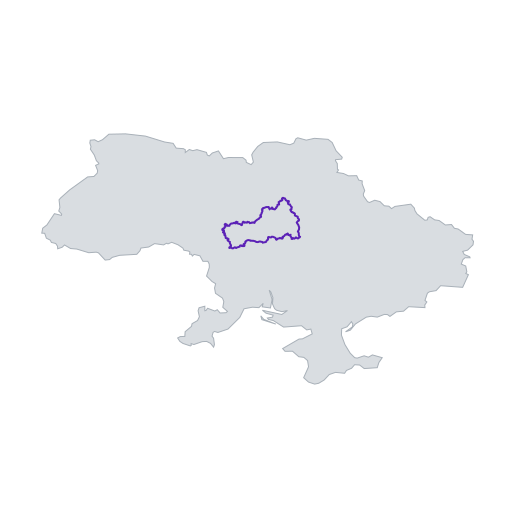 Cherkasy on a map of Ukraine (Equal Earth projection), rotated 5°
{"feature_id": "UKR-319", "entity_name": "Cherkasy", "entity_type": "Region", "adm_level": 1, "iso_a3": "UKR", "parent_name": "Ukraine", "parent_adm1": "", "projection": "equal_earth", "projection_center": [31.26, 49.352], "detail": "fine", "context": "in_parent", "style": "outline", "palette": "violet", "viewbox_px": 512, "rotation_deg": 5, "n_neighbors": 0, "source": "natural_earth", "source_scale": "10m", "svg_char_len": 9365}
<svg xmlns="http://www.w3.org/2000/svg" viewBox="0 0 512 512"><g transform="rotate(5 256 256)"><path d="M352.3,336.5L358.3,344.6L363.2,348.7L365.7,348.9L372.4,346.0L376.8,347.0L380.6,344.4L390.6,346.3L387.7,351.4L386.5,356.7L373.6,358.7L368.8,355.6L363.7,355.7L361.0,359.5L356.1,362.1L354.5,365.1L345.3,365.0L339.3,367.7L334.7,373.6L329.6,377.3L325.6,378.5L319.3,377.0L314.1,373.1L318.0,361.8L316.5,355.7L312.5,352.8L307.4,352.6L300.7,347.7L293.2,348.4L290.6,345.9L306.1,335.0L309.5,334.5L318.8,328.7L317.0,324.0L313.0,325.2L307.4,321.5L289.7,324.4L278.9,318.8L273.9,318.1L272.7,316.8L277.8,315.5L278.2,313.4L271.0,312.1L267.1,309.5L286.8,312.0L292.1,307.6L286.6,309.2L281.1,308.2L279.1,306.8L276.6,302.3L276.5,296.1L274.0,290.6L272.1,288.9L275.8,297.9L274.9,306.5L266.6,306.1L267.3,302.5L263.4,307.2L257.0,307.3L248.7,309.6L245.2,318.6L234.5,331.2L224.7,335.5L221.3,334.8L219.9,335.8L219.2,339.7L220.9,341.6L222.3,347.9L221.7,350.5L218.3,347.0L214.3,345.4L209.9,346.0L201.8,349.6L199.0,348.9L199.2,350.8L198.4,351.3L190.9,349.5L187.6,347.7L185.1,344.5L187.5,342.9L192.1,342.3L192.0,337.6L197.9,331.7L198.2,329.0L203.4,325.4L204.9,321.4L203.1,315.6L203.8,312.5L209.4,310.5L209.8,315.0L211.0,314.6L212.3,312.3L219.8,314.4L222.1,312.9L225.2,315.9L231.1,315.1L232.4,313.7L227.4,310.0L227.9,304.2L226.3,300.9L218.9,296.7L217.5,291.5L218.2,287.1L214.5,285.3L208.5,280.3L210.5,271.4L210.1,268.1L208.5,265.5L203.6,265.9L200.1,260.7L194.2,259.8L192.6,261.6L191.6,259.9L189.6,260.0L189.8,257.8L188.5,257.0L183.6,256.5L182.5,254.5L177.3,251.6L170.8,249.7L167.3,251.6L165.7,251.1L163.0,253.0L153.9,252.5L148.3,256.4L140.7,258.1L139.9,260.9L137.1,264.7L120.1,267.2L112.9,269.9L110.5,272.3L106.1,273.2L98.8,266.6L96.5,266.1L89.1,267.3L76.9,264.7L70.6,264.7L64.3,261.7L62.1,264.2L57.8,266.1L57.4,263.5L55.4,261.0L51.0,260.3L49.6,258.1L45.6,256.5L43.5,251.8L40.6,251.9L41.1,246.9L45.0,243.3L51.5,231.4L58.6,232.5L58.8,231.2L55.6,228.4L56.4,224.7L54.9,217.2L56.3,215.2L64.7,206.3L81.4,191.9L87.6,190.9L90.6,187.3L90.8,184.7L88.3,179.7L91.4,177.9L91.2,177.1L88.7,175.0L86.1,169.5L81.7,164.0L82.1,161.5L80.6,157.9L80.8,155.1L85.1,154.3L88.8,155.9L93.0,153.5L98.8,147.5L115.3,145.7L135.4,146.2L155.0,150.4L163.6,151.0L167.1,155.5L174.3,155.4L176.3,156.3L176.5,159.1L180.3,155.7L183.8,156.6L187.9,155.2L197.6,157.1L198.7,159.7L200.7,160.4L203.5,157.2L209.4,154.6L215.1,161.9L219.9,160.3L234.2,159.1L237.7,161.4L238.2,163.6L243.2,165.4L245.2,162.7L242.9,155.6L244.1,152.8L248.2,146.7L253.4,142.3L267.3,140.5L280.1,142.2L283.8,140.3L285.6,135.7L287.3,134.6L296.0,136.2L303.9,133.7L317.6,133.5L322.0,136.3L326.6,144.2L333.3,150.1L332.9,152.0L326.9,153.1L326.8,154.1L328.9,156.8L329.6,162.5L330.7,163.1L329.3,165.7L335.9,166.2L341.1,168.1L349.3,167.2L351.7,171.4L355.3,172.0L355.4,174.8L358.6,181.4L357.5,184.9L358.0,187.0L362.4,192.2L364.4,192.8L369.4,190.1L374.8,191.0L379.4,194.8L384.0,194.8L386.9,197.0L390.1,194.5L405.7,190.9L409.6,194.5L410.3,196.8L412.7,200.0L421.1,205.7L423.5,205.1L424.1,202.5L426.0,201.7L430.7,204.4L435.3,204.7L441.9,208.6L448.0,207.6L451.2,211.1L455.0,211.5L462.9,216.2L470.0,216.1L469.7,220.5L471.4,222.4L471.2,226.0L466.3,231.7L461.5,233.4L463.3,236.3L469.0,238.2L469.4,239.1L464.4,239.5L462.4,241.6L461.2,246.2L465.8,247.7L467.4,253.3L466.5,255.1L469.2,256.1L464.6,269.2L442.5,269.5L438.4,274.8L431.9,276.5L430.0,278.1L428.2,285.5L430.2,286.9L428.4,290.1L428.8,292.7L412.5,293.2L407.8,298.1L400.7,299.4L394.7,304.5L392.1,302.9L388.9,303.0L382.2,306.3L376.0,306.0L371.2,307.3L361.0,315.0L356.4,321.7L351.8,323.7L358.2,318.2L358.4,315.3L356.8,313.1L352.9,318.6L347.7,321.0L348.0,327.4L352.3,336.5ZM281.7,322.1L267.4,318.9L266.0,315.2L269.2,318.4L281.7,322.1Z" fill="#d9dde1" stroke="#a8b0b8" stroke-width="1"/><path d="M277.9,195.7L278.4,195.8L279.1,196.1L279.7,196.1L280.0,196.4L280.1,196.7L280.6,197.3L280.8,197.8L281.2,198.0L281.9,198.2L282.5,198.7L282.6,198.8L283.0,198.7L283.5,198.4L283.9,198.5L284.0,198.8L284.0,199.2L283.9,199.3L283.0,199.7L283.0,199.9L283.6,201.4L283.9,201.6L284.5,201.7L284.7,201.8L285.1,201.7L285.3,201.7L286.6,203.7L287.2,204.0L287.4,204.3L287.4,204.7L287.2,205.6L287.2,206.3L287.2,206.5L286.9,206.7L286.5,206.6L286.3,206.7L286.2,206.9L286.4,207.4L287.2,208.6L287.8,209.2L288.0,209.2L288.4,209.1L288.7,209.1L289.1,209.5L289.5,209.9L289.9,209.8L290.1,209.8L290.9,210.3L291.1,210.6L291.1,211.1L291.1,211.9L291.2,212.2L291.5,212.4L294.1,213.2L294.2,213.5L294.3,214.4L294.5,214.8L294.7,215.0L295.3,215.4L295.5,215.6L295.7,216.3L295.6,216.8L295.6,217.0L295.4,217.2L294.9,217.4L294.6,217.7L293.7,219.0L294.0,219.6L294.2,219.9L295.4,221.3L296.4,223.5L296.5,223.7L296.5,224.2L296.5,225.7L296.2,226.5L295.6,227.9L295.6,228.1L296.2,228.6L296.5,229.2L296.7,229.9L296.8,231.3L297.4,232.8L298.1,233.0L298.0,233.5L296.8,234.4L296.4,234.8L296.2,234.8L295.8,234.8L295.5,234.7L294.6,234.2L294.2,234.0L293.8,234.2L293.5,234.8L292.8,235.3L292.5,235.4L292.0,235.3L291.4,235.0L291.3,234.9L291.0,235.1L290.9,235.4L290.9,235.7L290.8,235.8L290.3,235.9L290.0,235.8L289.9,235.0L289.7,234.5L288.7,233.4L288.6,233.1L288.5,232.2L288.5,231.9L288.2,231.9L287.7,232.3L287.4,232.4L286.5,232.3L286.3,232.1L286.2,231.8L285.9,231.5L285.9,231.2L285.6,230.9L285.1,231.2L284.9,231.3L284.6,231.5L284.5,232.0L283.4,232.1L283.2,232.3L282.3,233.7L281.1,234.4L281.0,234.5L280.8,234.8L281.2,235.3L281.1,235.6L280.9,236.2L280.6,236.4L280.0,236.4L279.8,236.3L279.7,236.1L278.8,236.2L278.6,236.0L278.3,235.9L278.2,235.9L277.6,236.4L276.5,236.7L276.2,236.8L275.3,237.8L275.0,238.0L274.7,237.9L274.4,237.6L274.2,236.8L273.9,236.4L273.1,236.0L271.3,235.4L270.2,235.4L269.9,235.5L269.7,235.9L269.5,236.1L269.3,236.2L267.9,236.2L267.2,235.9L266.8,236.0L266.5,236.2L266.4,236.6L266.5,238.2L266.4,238.7L266.1,239.0L265.5,239.4L265.3,239.7L264.8,241.0L264.3,241.3L262.5,241.8L262.0,241.9L261.7,242.1L261.3,241.7L261.1,241.5L260.8,241.4L259.9,241.4L259.1,241.2L258.0,241.3L256.9,241.9L256.5,242.0L255.3,242.0L255.0,242.0L254.2,241.5L252.2,241.1L251.0,241.2L250.6,241.1L249.4,241.3L249.2,241.3L249.0,241.0L248.9,241.0L248.4,241.0L247.7,240.8L246.8,240.8L246.6,240.9L245.8,241.2L245.1,241.8L244.5,242.2L244.3,242.4L244.2,242.6L244.3,242.7L244.4,243.0L244.1,244.1L243.0,244.9L242.7,245.3L243.5,245.8L243.6,246.7L243.5,247.0L243.3,247.1L243.1,247.2L241.3,247.3L241.1,247.3L240.9,246.9L240.7,246.8L240.2,246.8L239.7,246.8L239.4,246.9L239.2,247.1L238.9,248.1L235.8,249.4L235.6,249.7L235.4,249.7L235.0,249.6L234.7,249.5L234.6,249.3L234.3,249.2L233.9,249.3L233.2,249.8L232.6,250.3L232.3,250.4L231.5,250.4L230.9,249.9L230.6,249.8L230.2,249.9L229.0,250.3L228.8,250.3L228.7,250.2L228.7,249.8L229.3,249.3L229.4,249.2L229.6,248.7L229.8,248.7L230.0,248.5L230.2,248.2L230.1,247.4L229.7,246.8L229.3,246.3L228.9,245.6L228.8,245.2L228.7,244.2L227.5,243.7L226.7,243.2L226.4,242.9L226.3,242.6L226.3,242.3L226.5,242.1L227.0,241.8L227.1,241.6L226.6,241.3L226.1,240.9L225.3,240.9L224.3,240.7L224.2,240.5L223.8,238.6L223.7,238.3L223.0,238.1L222.8,238.0L222.7,237.7L222.6,237.3L222.7,237.2L223.1,236.9L223.1,236.7L223.0,236.3L222.7,235.9L222.4,235.9L221.9,235.8L221.1,235.3L221.1,235.2L221.3,234.9L221.5,234.4L222.0,234.2L221.9,233.6L221.8,233.4L221.6,233.3L220.5,233.2L220.2,233.0L220.1,232.7L220.1,232.3L220.5,231.8L221.5,231.2L222.0,231.1L222.1,230.8L222.1,230.2L222.8,229.7L222.7,228.7L223.0,228.3L222.9,228.1L222.7,227.8L222.1,227.5L222.1,227.3L222.6,226.7L223.6,227.0L223.8,227.1L223.7,227.2L223.4,227.4L223.4,227.5L223.7,228.0L224.2,228.3L224.6,228.4L226.0,228.3L226.6,228.3L226.8,228.2L226.8,227.9L226.8,227.6L227.4,227.0L227.6,226.8L227.8,226.3L228.0,226.1L228.8,225.7L229.8,225.6L230.2,225.5L230.5,225.2L230.8,225.0L231.9,225.1L232.5,225.3L232.7,225.1L232.4,224.6L232.6,224.2L233.0,224.1L233.4,223.6L233.5,223.6L234.3,223.8L234.2,224.0L234.0,224.4L233.8,224.7L233.8,224.9L233.9,225.0L238.2,225.8L238.4,225.9L238.4,226.2L238.5,226.4L238.8,226.5L239.0,226.5L239.2,226.4L239.6,224.7L239.8,224.3L239.8,223.7L239.9,223.4L240.1,223.2L240.3,223.0L240.7,223.0L240.9,223.1L241.3,223.3L241.6,223.7L241.8,223.8L242.6,223.5L243.0,223.3L243.3,223.3L243.9,223.6L244.0,223.6L244.3,223.4L244.7,222.7L244.8,222.7L245.2,222.9L245.5,223.0L245.9,222.9L246.2,222.9L246.4,223.0L247.0,223.8L247.8,223.6L248.5,223.4L249.0,223.0L249.2,222.9L249.7,223.1L250.0,223.1L250.6,222.7L250.9,222.7L251.1,223.0L251.6,223.1L251.8,222.8L251.8,222.2L252.6,221.0L253.3,220.5L253.7,220.0L254.6,219.3L255.6,218.7L255.8,218.4L256.2,217.6L256.4,217.4L257.5,216.7L257.6,216.2L257.5,215.8L257.3,215.7L257.0,215.6L256.9,215.5L256.8,215.3L256.8,214.9L257.0,214.7L257.3,214.4L257.9,213.2L257.8,212.7L258.2,211.8L258.5,210.7L258.4,210.5L258.2,210.3L258.1,210.1L258.2,209.8L258.5,209.4L258.5,209.2L258.0,208.8L258.1,208.6L258.4,208.3L258.8,207.7L259.1,207.5L259.9,207.4L261.8,206.4L262.3,206.3L263.1,206.3L264.0,206.1L264.3,206.1L264.4,206.3L264.6,206.8L264.9,207.2L265.0,207.6L265.5,208.1L265.9,207.5L266.0,207.4L266.7,207.5L267.0,207.5L267.3,207.4L267.5,207.1L267.6,206.7L267.7,206.4L268.0,206.4L268.2,206.6L268.2,207.4L268.3,207.6L270.6,207.9L270.8,207.8L271.4,206.9L271.9,206.5L272.0,206.3L271.9,205.8L272.6,205.1L272.9,204.5L273.0,204.0L272.9,203.3L273.0,203.1L274.1,202.7L274.5,202.6L274.5,202.3L274.3,201.8L274.1,200.9L273.9,200.4L274.2,200.1L275.1,199.5L275.5,198.8L276.0,198.9L276.4,198.8L277.2,198.2L277.4,197.9L277.4,197.6L276.9,196.9L276.9,196.5L277.1,196.2L277.5,195.8L277.9,195.7Z" fill="none" stroke="#5b21b6" stroke-width="2"/></g></svg>